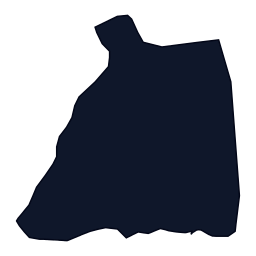 the district of Dar As Salam, North Darfur, Sudan
{"feature_id": "16777658B35355118744985", "entity_name": "Dar As Salam", "entity_type": "district", "adm_level": 2, "iso_a3": "SDN", "parent_name": "Sudan", "parent_adm1": "North Darfur", "projection": "natural_earth1", "projection_center": [25.233, 13.229], "detail": "fine", "context": "isolated", "style": "filled", "palette": "ink", "viewbox_px": 256, "rotation_deg": 0, "n_neighbors": 0, "source": "geoboundaries", "source_scale": "gbopen_adm2", "svg_char_len": 2255}
<svg xmlns="http://www.w3.org/2000/svg" viewBox="0 0 256 256"><path d="M95.1,27.2L96.8,32.5L102.2,43.6L109.6,51.2L109.6,57.5L108.5,66.6L95.1,82.0L79.1,96.9L74.8,105.7L72.0,117.6L66.8,126.9L65.8,128.3L59.5,136.5L56.7,146.8L56.7,156.7L53.0,164.2L45.2,175.6L36.6,187.2L33.1,195.6L29.9,203.0L29.0,205.1L24.8,210.2L23.3,212.1L23.0,212.5L20.3,215.7L20.1,216.0L18.2,218.2L17.3,219.7L17.2,219.8L16.8,220.5L16.6,220.8L16.6,221.0L19.4,225.7L21.5,228.3L24.4,231.9L24.5,232.0L29.4,237.4L39.0,239.1L39.5,239.1L39.8,239.2L40.0,239.2L40.3,239.2L40.6,239.2L41.3,239.2L41.8,239.2L43.1,239.2L43.8,239.2L45.4,239.3L46.2,239.4L46.8,239.4L47.0,239.4L47.4,239.4L48.5,239.5L50.3,239.6L53.8,239.8L54.9,239.8L58.7,240.0L58.9,240.1L62.5,240.3L62.9,240.3L63.7,240.4L64.7,240.5L65.0,240.5L66.2,240.6L67.1,240.6L68.2,240.2L73.0,238.2L74.9,237.4L75.7,237.1L77.6,236.3L78.5,235.9L79.1,235.7L79.6,235.5L79.8,235.4L80.0,235.3L80.1,235.2L80.5,235.1L80.7,234.9L81.0,234.8L81.8,234.5L82.8,234.1L84.6,233.4L84.8,233.3L85.3,233.1L86.0,232.9L87.7,232.2L88.1,232.0L88.5,231.9L89.0,231.7L90.4,231.2L91.6,230.9L94.2,230.2L98.0,229.2L101.8,228.4L105.6,227.6L117.5,229.0L126.3,237.8L126.6,237.6L126.9,237.5L127.7,237.1L128.5,236.7L128.8,236.6L131.4,235.3L132.1,234.9L132.6,234.6L134.6,233.7L135.0,233.5L135.1,233.4L135.8,233.1L136.1,232.9L136.4,232.8L136.8,232.6L137.1,232.4L137.5,232.3L138.2,231.9L143.8,232.8L147.0,233.2L148.2,233.4L150.1,232.7L152.5,231.7L154.1,231.0L158.0,229.4L160.4,228.5L164.7,229.5L165.2,229.6L168.7,230.7L172.7,231.3L173.7,231.5L176.6,231.9L182.1,232.4L185.3,232.6L185.7,232.5L186.0,232.5L186.1,232.4L186.5,232.4L188.0,232.0L190.6,231.4L191.8,231.1L191.1,234.3L191.8,233.4L192.4,232.6L194.1,231.6L195.5,230.7L195.8,230.5L196.3,230.1L197.3,229.9L198.3,229.7L201.0,229.9L201.2,230.1L201.3,230.1L201.7,230.3L202.0,230.5L203.3,231.2L204.6,232.0L207.2,233.5L208.9,234.5L209.3,234.6L212.5,236.0L212.9,236.0L213.4,236.0L216.4,236.2L217.4,236.2L220.3,236.2L220.9,236.2L224.1,236.2L225.9,236.2L226.3,236.2L227.1,236.2L227.6,236.2L227.9,236.2L228.0,236.2L235.1,231.3L235.4,228.9L235.9,224.1L239.4,195.6L230.8,81.8L218.6,39.9L197.8,42.4L196.1,42.6L161.9,47.0L143.2,42.3L137.7,32.5L131.6,19.1L127.6,15.4L117.3,16.4L95.1,27.2Z" fill="#0f172a" stroke="#020617" stroke-width="1.5"/></svg>